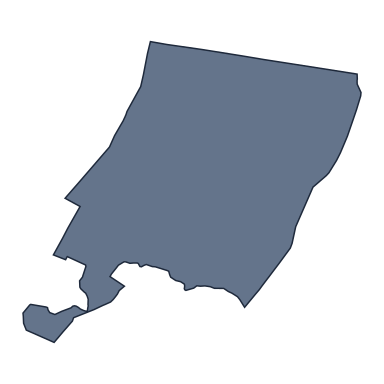 outline of Livada, Arad, Romania
{"feature_id": "2599482B75985324598985", "entity_name": "Livada", "entity_type": "district", "adm_level": 2, "iso_a3": "ROU", "parent_name": "Romania", "parent_adm1": "Arad", "projection": "natural_earth1", "projection_center": [21.379, 46.217], "detail": "fine", "context": "isolated", "style": "filled", "palette": "slate", "viewbox_px": 384, "rotation_deg": 0, "n_neighbors": 0, "source": "geoboundaries", "source_scale": "gbopen_adm2", "svg_char_len": 1931}
<svg xmlns="http://www.w3.org/2000/svg" viewBox="0 0 384 384"><path d="M357.3,79.0L357.1,74.1L283.6,62.6L264.2,59.6L242.7,56.0L230.2,54.0L201.9,49.5L166.9,44.5L150.4,41.6L147.5,53.5L143.4,74.8L140.7,86.6L127.8,110.0L127.0,111.5L126.6,112.7L126.3,113.7L126.0,114.7L125.8,115.0L125.1,116.7L124.0,119.0L123.2,120.8L121.5,123.7L114.6,135.6L109.5,147.0L79.9,181.3L67.3,195.7L65.1,198.3L80.1,206.5L67.8,228.2L62.5,238.4L53.4,254.9L65.6,259.7L67.0,257.0L67.3,256.6L85.6,265.0L85.9,266.5L82.8,276.0L82.5,277.1L79.6,280.8L79.9,287.2L80.8,288.8L84.7,292.5L85.6,293.0L86.3,294.4L87.1,295.9L88.2,299.2L88.1,301.7L88.0,304.6L88.2,305.9L87.6,308.9L87.5,310.4L87.1,311.0L86.0,311.2L83.6,310.5L80.3,309.0L78.5,307.5L76.3,306.2L74.6,305.8L72.9,306.1L72.3,306.6L71.1,307.8L61.8,311.3L54.9,314.5L49.7,312.6L48.0,309.8L47.5,307.6L46.0,307.0L30.7,304.4L29.7,305.0L23.0,313.1L23.3,316.3L23.6,323.3L26.3,330.1L54.1,342.4L62.7,332.2L72.4,321.1L73.6,317.7L94.0,309.6L103.5,305.1L104.6,304.7L110.6,302.0L113.2,299.5L115.6,296.5L117.4,294.1L119.2,290.6L124.4,286.2L110.0,276.6L110.3,276.2L111.3,274.2L116.5,267.7L118.4,265.2L123.2,262.3L124.1,261.8L125.8,261.9L127.3,262.4L129.9,263.3L133.4,263.0L136.6,263.0L137.7,263.1L138.4,263.7L139.9,266.5L141.4,266.8L142.5,266.2L144.1,265.3L146.3,264.5L152.3,266.6L155.3,266.8L166.8,270.4L168.7,271.2L169.7,274.8L170.7,277.2L175.7,280.5L180.6,281.7L184.2,284.0L184.6,285.1L184.6,286.8L184.3,288.7L184.8,289.8L185.9,290.4L193.8,288.1L196.8,285.8L200.4,286.2L204.9,285.9L210.3,286.7L214.4,288.3L223.7,288.4L228.3,291.5L231.8,293.1L237.5,296.7L239.8,299.6L244.6,307.3L255.7,293.9L259.2,289.8L262.1,285.8L268.0,278.0L268.5,277.4L272.4,272.2L279.0,263.5L290.3,248.1L292.1,243.3L295.7,226.7L313.0,187.1L326.2,175.7L328.9,172.8L336.5,160.5L340.4,152.8L347.4,136.2L353.4,118.8L356.5,109.7L360.7,95.9L361.0,92.5L357.2,84.2L357.1,82.2L357.1,80.1L357.3,79.1L357.3,79.0Z" fill="#64748b" stroke="#1e293b" stroke-width="1.5"/></svg>